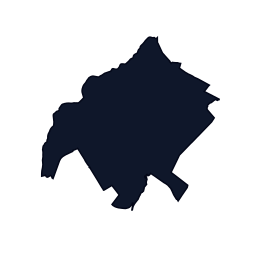 Berceni, Prahova, Romania (orthographic projection), rotated 256°
{"feature_id": "2599482B99394014365775", "entity_name": "Berceni", "entity_type": "district", "adm_level": 2, "iso_a3": "ROU", "parent_name": "Romania", "parent_adm1": "Prahova", "projection": "orthographic", "projection_center": [26.101, 44.92], "detail": "fine", "context": "isolated", "style": "filled", "palette": "ink", "viewbox_px": 256, "rotation_deg": 256, "n_neighbors": 0, "source": "geoboundaries", "source_scale": "gbopen_adm2", "svg_char_len": 5582}
<svg xmlns="http://www.w3.org/2000/svg" viewBox="0 0 256 256"><g transform="rotate(256 128 128)"><path d="M208.5,178.3L208.3,178.0L208.2,177.2L208.2,176.7L208.3,176.3L208.5,175.8L208.8,175.6L209.3,175.5L209.4,175.3L209.6,173.7L209.9,173.1L210.6,172.0L210.8,171.4L210.9,171.0L210.9,170.5L210.8,169.8L210.6,169.4L210.2,168.6L209.5,167.6L208.8,166.4L208.3,165.7L207.4,164.7L205.9,162.6L205.2,161.3L204.9,160.8L204.5,160.2L204.0,159.7L203.5,159.4L202.8,159.2L202.5,158.9L202.1,158.5L201.9,158.0L201.7,157.6L201.4,157.2L200.8,156.7L199.9,156.1L198.7,155.5L198.6,155.3L198.4,154.8L198.2,154.2L197.9,152.9L197.6,152.0L197.4,151.6L197.1,151.2L196.6,150.8L195.8,150.4L195.2,150.1L195.0,149.9L194.8,149.7L194.6,149.2L194.5,148.1L194.3,147.4L194.1,146.9L193.5,146.1L192.5,144.7L192.2,144.3L192.0,143.6L191.2,142.3L190.8,141.4L190.6,140.5L190.7,140.1L191.0,139.7L191.5,138.1L191.7,137.3L191.7,136.6L191.5,136.2L190.9,135.5L189.8,134.8L189.0,134.0L188.4,133.2L187.9,132.5L187.8,132.1L187.8,130.9L188.2,129.8L188.7,128.8L189.0,128.2L189.2,127.8L189.2,127.3L189.1,126.9L188.8,126.5L188.4,126.2L187.9,125.7L187.6,125.4L187.3,124.8L187.1,123.8L187.1,123.0L186.7,118.5L185.6,115.7L185.2,113.8L184.7,112.4L184.6,112.0L184.6,111.7L184.8,111.1L186.2,108.0L186.7,106.9L186.9,106.2L186.9,105.2L186.8,104.2L186.4,102.9L186.2,102.3L185.9,101.9L185.5,101.4L185.0,100.9L184.5,100.2L183.9,99.5L182.5,98.2L182.0,97.6L180.7,95.8L180.0,95.1L179.3,94.5L177.0,93.1L175.8,92.6L174.1,92.2L173.1,92.2L170.1,92.3L168.6,92.4L168.1,92.3L167.8,92.0L167.3,91.2L166.7,90.3L164.8,87.1L164.5,86.3L164.4,86.1L164.4,85.5L164.9,83.7L164.9,83.4L165.3,82.2L165.4,81.6L165.5,81.2L165.5,80.4L165.5,79.7L165.9,78.2L166.4,76.7L166.6,75.9L166.9,74.1L166.9,73.6L167.0,72.3L166.9,71.2L166.9,70.5L166.8,70.0L166.6,69.5L166.0,68.7L165.5,68.1L163.8,66.2L163.4,65.9L162.4,65.7L162.0,65.5L161.7,65.3L161.5,64.8L161.4,64.3L161.4,63.2L161.3,62.7L161.1,62.3L160.4,61.2L160.1,60.6L159.9,60.1L159.5,59.2L159.1,58.9L158.0,58.5L153.6,57.9L152.0,57.7L149.7,57.0L148.5,56.5L148.0,56.1L147.8,55.8L147.4,55.1L147.3,54.7L146.2,53.2L145.3,52.3L143.2,50.8L141.9,49.6L141.2,49.1L140.5,48.7L139.4,48.2L138.5,48.0L137.2,47.6L136.4,47.0L135.8,46.5L135.4,46.4L135.0,46.4L134.5,46.2L134.2,45.9L134.0,45.6L133.8,45.0L133.7,44.7L133.2,43.7L131.9,42.6L131.1,41.5L130.0,40.9L128.9,40.5L127.5,39.9L126.5,39.9L124.6,39.6L122.5,39.0L120.7,38.6L118.9,37.9L117.5,37.3L115.6,37.0L113.1,36.6L110.2,35.5L107.5,34.2L104.8,33.3L102.1,32.6L102.1,36.5L101.8,36.5L100.3,37.1L100.0,37.6L99.9,37.8L99.8,38.1L99.8,38.4L99.9,38.7L100.4,40.3L100.7,41.5L98.3,42.7L98.2,42.7L98.0,42.3L97.1,43.0L98.7,44.1L100.2,45.1L112.7,53.5L113.7,54.4L114.5,55.1L115.2,56.1L116.0,57.5L116.2,58.0L116.6,59.2L117.2,61.1L117.5,62.8L118.0,65.1L118.7,68.6L118.9,68.7L119.1,69.0L119.3,69.0L119.6,69.1L119.6,69.3L119.7,69.7L119.7,70.2L119.8,71.0L120.2,73.4L120.4,74.2L119.5,74.5L118.7,74.8L118.2,75.0L112.8,76.7L111.7,77.1L106.4,78.8L106.4,78.6L105.1,79.0L104.4,79.3L103.0,79.8L102.8,79.8L102.1,80.1L100.5,80.9L99.1,81.5L99.0,81.0L98.1,81.6L85.8,85.5L80.6,87.1L77.3,88.1L74.4,89.1L73.7,89.2L73.5,89.4L73.5,89.5L76.2,98.5L70.3,101.1L65.2,103.3L57.7,94.0L56.5,94.7L55.3,95.9L54.8,96.4L54.0,97.6L53.6,98.3L53.0,99.3L52.3,101.1L51.2,104.0L50.6,105.8L50.5,106.3L50.5,107.0L50.5,108.6L50.6,109.5L50.9,110.4L51.4,111.2L52.0,112.1L52.7,112.9L53.4,113.7L54.1,114.1L53.8,114.7L49.3,112.7L47.5,111.9L47.4,112.1L47.5,112.4L49.2,113.2L50.7,114.0L51.5,114.7L52.6,115.7L53.3,116.5L55.8,119.6L56.2,120.3L59.6,122.9L59.8,123.3L60.3,123.5L60.8,124.0L62.0,125.1L62.2,125.6L62.2,125.9L62.2,126.3L62.3,126.5L62.7,126.9L62.8,127.3L63.0,127.6L63.1,127.8L63.4,128.0L64.3,128.2L64.5,128.3L65.0,128.9L65.4,128.9L66.4,129.3L66.8,129.6L67.0,129.8L67.0,130.0L67.4,130.5L67.9,131.1L68.5,132.0L68.8,132.4L69.1,132.4L69.9,132.4L70.3,132.3L70.5,132.3L70.7,132.5L71.2,132.7L71.4,132.8L71.7,132.9L71.9,132.8L72.2,132.8L72.6,132.9L72.8,133.0L73.0,133.3L73.0,133.6L73.1,133.9L73.3,133.9L73.6,133.7L73.9,133.9L74.0,134.0L74.3,134.0L74.4,133.7L74.5,133.7L74.5,133.9L75.0,134.0L75.2,133.9L75.2,133.5L75.1,133.0L75.2,132.9L75.3,132.8L75.4,133.4L75.8,133.8L76.0,134.0L76.3,133.9L76.5,133.8L76.7,133.7L76.7,133.4L76.9,133.2L76.7,132.7L76.8,132.5L77.0,132.6L77.4,133.1L77.3,133.4L77.3,133.7L77.4,133.9L77.4,134.0L77.5,134.2L78.1,134.6L78.4,134.8L78.4,135.0L78.4,135.3L78.2,135.5L77.6,135.7L77.3,135.7L77.0,135.7L76.9,136.0L76.9,136.3L77.0,136.9L77.5,137.8L78.1,138.6L78.5,139.1L76.4,140.9L75.0,142.2L70.7,145.9L69.9,146.6L66.1,149.9L65.8,150.2L65.5,150.6L65.0,151.1L63.0,152.8L58.1,155.4L58.0,155.1L56.2,155.5L52.3,156.2L50.9,156.6L47.2,157.8L47.3,158.4L45.1,159.0L46.1,160.1L47.9,162.1L49.5,163.8L55.7,170.8L56.2,171.2L58.0,172.1L69.4,163.1L74.5,159.0L86.0,168.6L89.3,171.3L92.2,176.0L97.9,185.1L98.6,186.4L100.2,189.0L103.0,193.4L103.3,194.0L108.0,201.5L113.7,210.6L117.0,214.1L125.6,209.8L126.5,209.4L127.1,209.2L129.1,209.8L129.7,210.5L130.6,210.6L131.4,211.3L131.5,212.0L132.3,212.7L132.5,214.8L133.1,216.3L134.1,218.4L134.5,219.8L133.2,221.4L133.5,222.3L133.4,223.1L133.9,223.4L145.0,210.8L148.1,214.8L149.0,215.8L149.2,216.1L149.3,216.3L149.9,217.3L158.8,207.6L159.5,206.7L160.9,204.8L162.7,203.2L164.2,201.5L166.1,199.1L166.4,198.9L168.1,197.1L173.7,192.3L177.9,194.7L178.2,194.0L178.3,193.5L179.1,192.2L179.4,191.6L179.6,190.6L179.9,189.7L180.1,189.3L180.1,189.0L180.2,188.7L180.5,187.9L180.9,187.1L180.9,186.7L180.8,186.4L180.6,185.9L180.3,185.7L180.2,185.5L182.3,184.6L182.4,184.8L182.5,184.8L189.1,181.3L190.5,180.6L192.1,179.7L193.1,179.4L203.0,177.5L203.8,177.2L208.5,178.3Z" fill="#0f172a" stroke="#020617" stroke-width="1.5"/></g></svg>